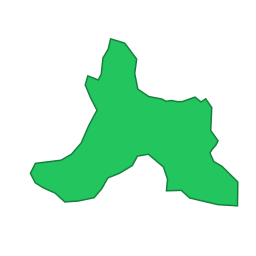 the border of Priekulu, rotated 83°
{"feature_id": "LVA-5794", "entity_name": "Priekulu", "entity_type": "Municipality", "adm_level": 1, "iso_a3": "LVA", "parent_name": "Latvia", "parent_adm1": "", "projection": "mercator", "projection_center": [25.467, 57.339], "detail": "fine", "context": "isolated", "style": "filled", "palette": "green", "viewbox_px": 256, "rotation_deg": 83, "n_neighbors": 0, "source": "natural_earth", "source_scale": "10m", "svg_char_len": 827}
<svg xmlns="http://www.w3.org/2000/svg" viewBox="0 0 256 256"><g transform="rotate(83 128 128)"><path d="M195.0,25.6L218.6,28.8L215.0,48.1L205.0,75.3L196.4,82.7L195.0,97.5L183.7,95.0L171.1,97.5L156.5,111.0L157.1,122.1L165.8,128.3L171.8,141.8L175.1,154.1L185.1,161.5L193.0,170.1L194.4,186.1L193.7,199.7L183.7,208.3L177.1,219.3L171.1,226.7L161.1,230.4L151.8,224.2L151.8,198.4L147.2,187.4L137.2,176.3L120.6,166.5L106.6,156.6L93.3,161.5L80.0,165.2L71.4,161.5L76.7,151.7L71.4,148.0L55.4,144.3L47.4,138.1L37.4,134.4L43.4,120.9L60.7,111.0L74.7,114.7L90.6,113.5L99.3,103.6L103.4,90.8L106.1,87.1L106.0,81.2L107.8,76.2L108.4,71.0L105.5,57.7L110.1,53.3L111.0,52.2L108.5,47.3L117.9,42.4L140.6,46.2L151.7,40.2L155.5,42.7L159.7,47.3L162.9,49.7L171.7,47.0L177.4,39.5L195.0,25.6Z" fill="#22c55e" stroke="#15803d" stroke-width="1.5"/></g></svg>